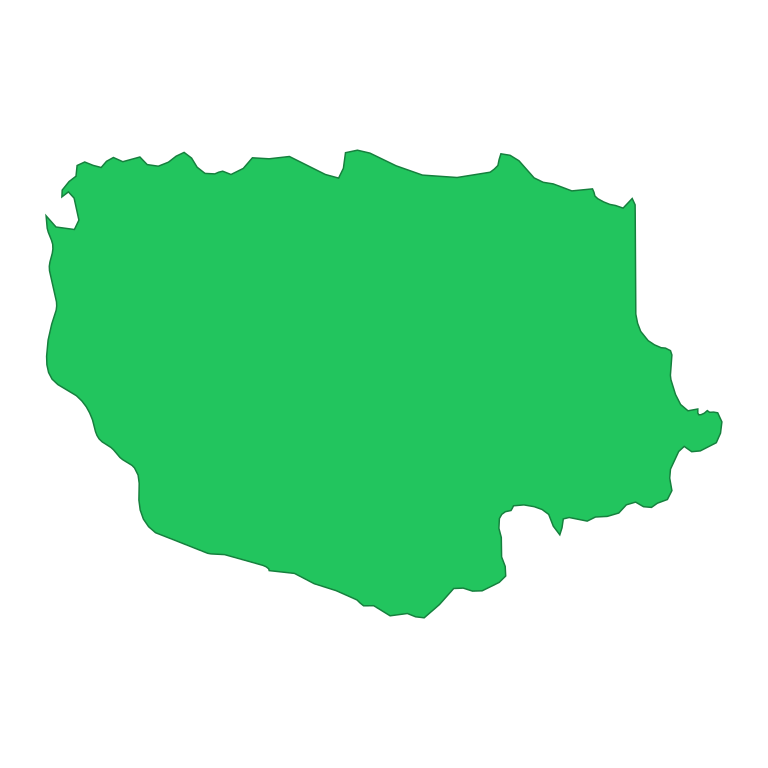 the Province of Savannakhét
{"feature_id": "LAO-3282", "entity_name": "Savannakhét", "entity_type": "Province", "adm_level": 1, "iso_a3": "LAO", "parent_name": "Laos", "parent_adm1": "", "projection": "robinson", "projection_center": [105.728, 16.499], "detail": "fine", "context": "isolated", "style": "filled", "palette": "green", "viewbox_px": 768, "rotation_deg": 0, "n_neighbors": 0, "source": "natural_earth", "source_scale": "10m", "svg_char_len": 2466}
<svg xmlns="http://www.w3.org/2000/svg" viewBox="0 0 768 768"><path d="M49.8,262.9L50.0,261.8L52.3,253.2L52.9,248.9L52.7,244.3L51.5,240.2L48.3,232.3L47.2,228.2L46.1,215.8L56.0,227.0L74.4,229.5L78.9,220.1L74.1,198.1L68.4,191.9L61.9,196.9L62.2,190.1L69.1,181.5L76.0,176.2L77.1,165.5L84.7,162.0L93.2,165.4L101.2,167.5L106.5,161.3L113.4,157.5L122.8,161.7L139.9,157.0L147.2,164.6L158.3,166.2L168.4,162.2L176.1,156.2L184.1,152.4L191.6,158.1L197.1,167.2L205.0,173.4L214.8,173.9L218.7,172.2L222.7,171.2L231.0,174.5L243.3,168.4L252.4,157.8L269.1,158.8L289.4,156.5L325.4,174.5L338.6,178.1L343.4,168.3L345.5,152.7L357.4,150.2L369.9,153.1L396.1,165.8L422.5,175.1L457.1,177.5L490.2,172.2L494.3,169.1L497.9,165.5L499.1,159.6L500.9,153.8L510.1,155.3L519.0,160.8L534.1,177.9L543.2,182.3L553.2,183.9L571.8,190.9L592.4,188.9L592.5,188.9L594.0,192.4L594.9,196.0L597.8,198.7L603.4,201.8L609.8,204.4L615.5,205.5L623.1,208.1L632.2,198.5L635.1,204.8L635.2,213.1L635.8,314.1L637.6,323.3L640.7,331.4L648.1,340.6L654.4,344.8L661.1,347.7L665.5,348.1L670.5,350.7L671.9,355.0L670.4,375.3L670.9,379.6L675.5,394.5L680.6,404.5L688.0,410.8L697.8,409.0L697.8,413.1L698.8,414.8L701.0,414.7L704.3,413.2L707.3,410.6L709.6,412.3L713.7,412.1L717.7,412.8L721.9,421.9L720.5,433.2L716.3,442.7L700.3,450.9L691.7,451.7L684.2,446.4L678.7,451.5L670.5,469.1L669.7,478.1L671.9,490.6L667.4,499.5L657.4,503.2L651.5,507.4L643.5,506.7L635.6,502.1L626.4,504.8L618.8,513.0L607.3,516.4L595.5,517.0L587.2,521.1L569.2,517.5L563.3,518.9L562.0,527.8L559.8,534.8L553.3,526.2L548.7,514.4L542.1,509.5L534.3,506.7L523.9,504.9L513.5,505.8L512.4,508.1L511.0,510.5L505.4,511.7L501.8,514.3L499.4,518.5L498.9,528.3L501.3,537.5L501.6,556.9L505.2,566.4L505.7,576.0L499.2,582.4L482.2,590.8L472.5,591.1L463.2,588.1L453.7,588.5L439.5,604.5L424.2,617.8L415.6,616.8L407.4,613.5L390.1,615.8L373.7,605.7L363.6,605.8L360.1,603.0L356.9,599.9L336.0,590.6L314.2,583.7L294.5,573.4L269.2,570.6L268.7,568.8L266.2,566.8L263.0,565.4L224.6,554.6L211.0,553.9L207.7,553.3L164.7,536.3L155.5,532.7L148.6,526.7L143.4,519.1L140.2,510.0L138.9,500.1L139.2,483.3L138.1,475.1L134.5,467.9L131.9,465.3L125.5,461.4L122.6,459.6L120.0,457.5L113.6,449.9L111.0,447.5L102.2,441.9L99.1,438.9L97.0,435.5L95.5,431.6L92.5,419.8L89.7,413.0L86.3,406.8L81.8,400.9L76.4,395.7L57.9,384.6L52.1,379.2L48.6,372.6L46.9,364.8L46.6,356.3L48.1,340.1L51.7,324.2L56.2,310.1L56.7,306.0L56.5,301.9L49.5,270.7L49.3,266.3L49.8,262.9Z" fill="#22c55e" stroke="#15803d" stroke-width="1.5"/></svg>